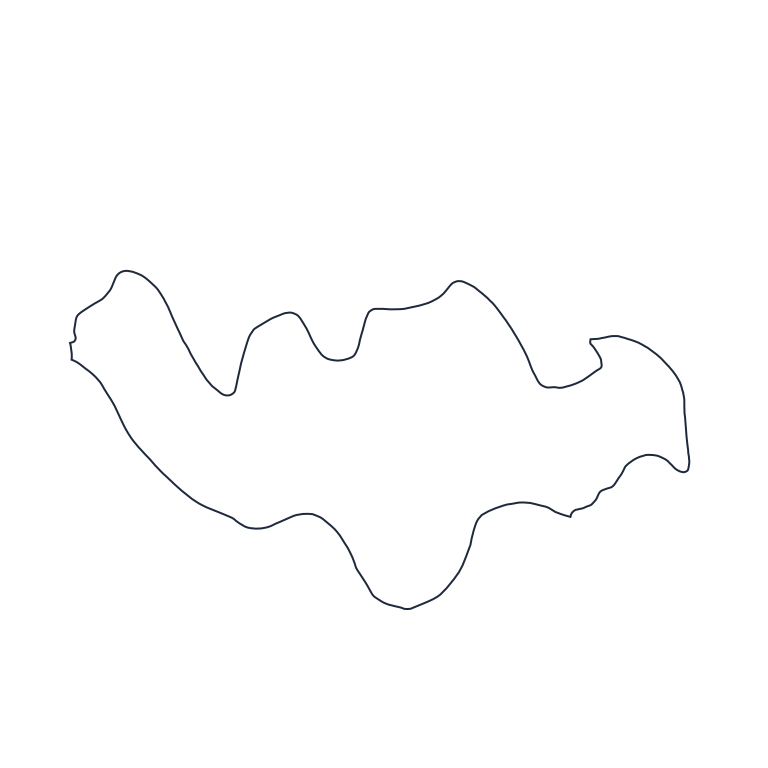 Ly Nhan, Hà Nam, Vietnam (Natural Earth projection), rotated 148°
{"feature_id": "81297802B63925273406451", "entity_name": "Ly Nhan", "entity_type": "district", "adm_level": 2, "iso_a3": "VNM", "parent_name": "Vietnam", "parent_adm1": "Hà Nam", "projection": "natural_earth1", "projection_center": [106.086, 20.548], "detail": "fine", "context": "isolated", "style": "outline", "palette": "slate", "viewbox_px": 768, "rotation_deg": 148, "n_neighbors": 0, "source": "geoboundaries", "source_scale": "gbopen_adm2", "svg_char_len": 6166}
<svg xmlns="http://www.w3.org/2000/svg" viewBox="0 0 768 768"><g transform="rotate(148 384 384)"><path d="M529.6,541.0L528.7,547.9L527.9,554.0L527.2,558.0L526.3,563.8L526.1,566.6L525.8,571.1L525.6,572.7L525.6,574.8L525.6,577.6L525.6,579.6L525.8,584.4L526.2,586.8L527.4,591.4L528.3,594.7L529.4,598.3L530.4,601.1L531.4,603.3L532.3,605.0L533.3,606.5L534.0,607.6L537.6,612.3L539.5,614.0L541.5,615.8L543.2,616.9L544.9,617.6L546.5,618.1L548.1,618.3L549.9,618.3L551.7,618.0L553.7,617.3L555.6,616.2L561.4,612.0L563.2,610.7L565.1,609.5L567.1,608.5L569.2,607.8L573.6,606.3L577.5,605.4L579.3,605.3L583.1,605.4L587.0,605.6L592.4,605.6L599.3,605.5L603.5,605.3L606.1,604.9L607.3,604.6L608.2,604.2L609.4,603.5L611.1,602.0L614.3,598.3L615.8,596.6L617.3,594.9L618.7,593.1L619.5,591.5L620.2,589.1L620.5,587.8L621.1,586.4L622.0,585.3L623.2,584.6L624.0,584.3L625.0,584.3L625.4,584.3L628.6,585.2L629.1,583.3L630.0,581.2L631.4,578.2L632.2,576.3L633.1,574.6L635.0,571.5L636.1,570.2L634.7,568.3L633.0,565.5L631.7,562.7L630.4,559.3L629.0,555.3L627.5,551.6L626.2,547.7L624.9,543.0L624.3,539.5L623.7,535.7L623.7,531.5L623.9,528.4L623.9,520.5L623.8,516.1L623.9,511.7L624.1,507.8L625.3,498.0L625.9,493.2L626.4,488.8L626.9,483.7L627.1,478.1L627.0,471.9L626.8,469.1L625.7,460.7L623.6,449.7L622.4,444.1L621.1,435.8L619.7,429.1L619.1,426.3L618.4,423.6L617.7,421.2L614.7,409.6L612.0,400.4L607.7,388.2L604.3,380.9L602.6,377.9L599.8,373.4L590.2,360.2L584.9,352.7L584.0,351.3L583.3,350.1L582.7,348.7L582.0,346.3L581.1,344.1L580.2,342.0L577.8,337.4L577.3,336.5L575.6,334.4L573.7,332.6L571.5,330.9L569.3,329.2L564.5,326.5L559.4,324.5L555.4,323.5L550.2,323.0L544.0,322.0L534.0,320.6L530.3,320.0L527.7,319.3L521.7,316.8L518.3,314.8L516.0,313.3L513.3,311.2L511.3,308.5L508.7,304.8L507.4,302.0L504.2,292.3L502.9,287.6L502.2,283.8L501.7,278.6L501.7,274.5L501.7,269.1L501.6,264.2L501.9,260.6L502.3,256.7L502.7,253.5L503.9,247.5L504.8,244.2L505.1,242.6L505.2,241.0L505.2,239.4L505.1,237.2L505.0,232.6L504.9,227.4L504.9,225.2L504.9,222.8L505.2,216.7L505.4,213.1L505.4,212.2L505.4,211.3L505.2,210.1L504.9,208.7L503.0,204.5L500.8,199.9L499.4,197.7L497.2,194.7L492.0,189.3L488.1,185.4L487.4,184.5L486.7,183.5L486.0,182.6L485.1,182.0L484.1,181.2L481.8,179.9L480.6,179.3L462.8,176.3L456.4,175.5L451.2,175.3L447.8,175.6L445.2,176.2L439.0,177.7L428.2,181.4L420.2,184.7L413.7,188.4L406.3,193.8L395.9,201.8L391.5,206.6L385.4,212.4L380.8,216.3L378.0,218.3L375.7,219.5L370.5,221.1L362.6,220.7L355.1,219.5L347.3,217.7L343.3,216.5L338.8,214.5L332.7,212.1L328.6,209.7L323.0,205.6L319.4,202.0L315.7,198.1L311.6,194.0L309.9,191.6L308.5,188.8L307.1,185.9L306.5,184.7L303.7,181.0L300.7,177.3L296.3,172.5L294.9,173.9L293.6,174.8L292.7,175.2L291.7,175.5L290.6,175.7L289.5,175.8L288.3,175.7L283.3,174.0L281.9,173.4L279.8,173.0L277.2,172.7L273.3,171.8L271.9,171.8L269.5,172.4L266.0,173.4L264.2,174.3L260.7,176.7L259.4,177.4L258.1,178.0L256.7,178.2L255.5,178.2L251.3,177.4L249.0,176.8L247.7,176.4L246.8,176.2L246.0,176.0L245.1,176.0L244.0,176.1L242.7,176.4L241.0,177.0L235.1,179.8L231.4,181.3L230.5,181.7L227.1,183.6L224.5,185.3L222.9,186.2L221.9,186.4L218.9,187.0L212.8,187.4L209.9,187.3L205.6,186.7L201.9,185.6L199.7,185.1L197.3,183.8L193.5,181.2L190.9,179.0L189.4,177.4L187.3,174.3L185.4,171.2L184.2,168.5L183.6,165.3L183.0,163.1L182.1,158.5L181.1,155.9L179.2,152.8L177.8,151.4L176.7,150.4L174.9,149.8L174.0,149.7L173.2,149.7L172.6,149.7L171.9,150.0L171.1,150.6L168.4,153.5L166.3,156.2L163.7,161.3L162.7,163.9L161.2,166.6L158.6,172.3L155.1,179.5L152.5,184.4L146.6,195.7L144.5,200.2L140.6,206.8L138.7,209.8L137.4,212.0L136.1,215.1L134.8,218.4L134.1,221.2L133.4,223.3L132.6,226.5L132.1,229.3L131.9,236.4L132.3,241.8L132.9,245.9L133.3,248.4L133.8,250.8L134.6,254.7L135.4,258.9L137.2,264.8L141.1,274.8L142.7,277.7L144.3,280.8L146.5,284.5L150.4,289.6L153.9,293.6L155.6,295.7L158.0,298.2L159.9,300.4L160.8,301.0L162.1,301.9L164.7,303.5L167.3,304.7L172.1,306.4L175.1,307.6L178.2,308.7L185.1,312.5L186.5,310.9L187.3,309.7L187.4,309.2L187.5,308.6L187.4,308.0L186.8,305.0L186.6,302.2L186.5,297.7L186.6,293.5L186.8,290.8L187.3,289.1L188.4,286.9L189.0,285.5L189.9,283.9L190.7,283.2L191.5,282.8L192.9,282.6L197.1,282.7L205.5,282.1L212.4,281.8L213.9,281.8L218.2,282.3L221.0,282.7L226.1,283.8L234.4,286.3L236.4,287.3L237.2,287.7L241.1,291.0L246.5,293.9L247.7,294.8L248.5,295.6L250.4,298.3L251.2,300.0L251.5,300.9L251.7,301.9L251.8,302.7L251.9,305.4L251.4,310.4L251.1,315.3L251.0,316.2L250.9,317.2L250.0,322.2L249.2,325.8L248.2,331.3L247.7,336.0L247.4,339.1L247.1,344.7L246.8,350.1L246.8,351.0L246.7,353.4L246.7,357.3L246.6,363.3L246.8,369.0L246.9,373.2L247.2,376.3L247.5,381.0L247.7,383.6L248.1,388.4L248.4,391.0L248.5,391.9L249.0,395.0L249.8,397.9L250.7,402.1L251.5,404.7L253.1,409.8L253.7,411.3L255.9,417.8L256.8,419.6L259.6,424.3L262.4,428.5L264.0,430.2L266.8,432.1L268.2,432.6L270.1,433.0L271.9,433.2L273.8,433.0L275.9,432.4L279.3,431.2L283.4,429.8L285.4,429.2L288.3,428.7L291.6,428.3L295.3,428.4L300.3,428.8L303.6,429.3L307.7,430.4L312.3,431.7L327.0,437.0L330.7,438.9L334.0,440.9L339.0,443.9L345.7,448.7L351.0,452.0L352.7,452.9L354.0,453.2L356.3,453.3L358.7,453.0L360.3,452.1L364.9,448.9L367.7,446.4L372.9,441.5L376.2,438.6L381.3,433.9L384.2,430.8L387.2,428.2L391.2,425.5L393.5,424.3L394.5,424.0L395.5,423.8L396.3,423.8L397.3,423.8L400.8,424.4L405.9,425.9L410.8,428.3L414.2,430.9L416.6,433.1L418.6,435.4L419.6,437.2L420.6,439.3L421.2,441.3L421.4,442.3L421.8,446.3L422.1,453.2L422.1,455.6L421.7,460.7L420.8,466.9L420.3,472.1L420.2,478.8L420.2,483.9L420.6,487.0L420.9,488.0L421.7,489.7L423.3,492.0L425.1,493.9L427.0,495.0L430.6,496.6L432.6,497.1L436.3,497.7L442.7,498.9L445.9,499.2L455.2,499.4L461.9,499.5L464.7,499.4L465.7,499.2L467.7,498.3L471.5,496.6L473.8,495.2L478.1,491.7L483.7,486.8L486.8,484.1L494.5,477.0L500.3,471.0L505.2,466.1L510.1,460.9L513.9,457.2L514.8,456.6L516.0,456.2L517.2,456.0L519.2,456.0L521.0,456.3L522.7,457.2L524.2,458.2L525.7,459.8L527.0,462.1L527.7,464.1L529.0,468.1L530.9,473.3L531.5,477.4L532.2,481.8L532.3,488.3L532.5,491.4L532.3,498.2L532.4,501.5L532.2,505.5L532.0,511.8L531.3,517.6L531.2,523.0L531.4,526.0L531.2,528.4L530.3,534.9L529.8,539.2L529.6,541.0Z" fill="none" stroke="#1e293b" stroke-width="2"/></g></svg>